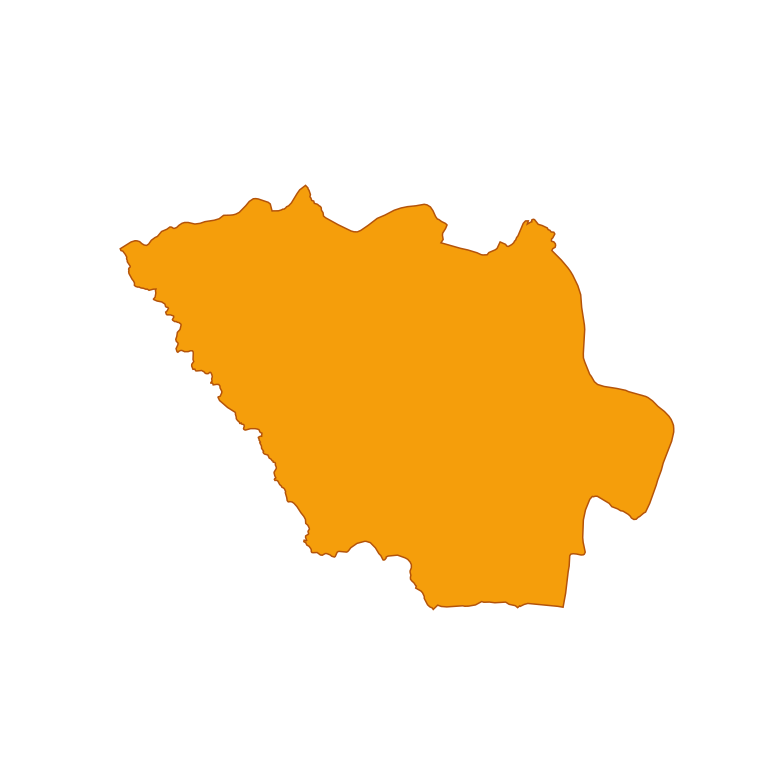 outline of Ziro, Ziro, Burkina Faso, rotated 197°
{"feature_id": "67063806B63771125198412", "entity_name": "Ziro", "entity_type": "district", "adm_level": 2, "iso_a3": "BFA", "parent_name": "Burkina Faso", "parent_adm1": "Ziro", "projection": "orthographic", "projection_center": [-1.788, 11.64], "detail": "fine", "context": "isolated", "style": "filled", "palette": "amber", "viewbox_px": 768, "rotation_deg": 197, "n_neighbors": 0, "source": "geoboundaries", "source_scale": "gbopen_adm2", "svg_char_len": 6158}
<svg xmlns="http://www.w3.org/2000/svg" viewBox="0 0 768 768"><g transform="rotate(197 384 384)"><path d="M147.5,222.9L149.1,236.8L153.0,258.4L153.7,264.0L156.2,274.2L155.5,276.0L153.5,277.0L150.2,277.7L145.5,278.1L143.5,278.9L142.7,279.8L142.4,282.0L147.3,290.9L149.1,295.3L153.6,312.3L154.5,322.5L153.5,333.9L151.9,337.4L150.8,337.4L149.1,338.5L147.1,339.0L133.8,335.7L130.3,333.3L124.1,332.9L120.7,332.0L118.3,332.3L112.4,330.8L110.0,329.7L108.2,328.2L105.5,327.5L103.3,328.4L101.7,331.3L100.9,331.8L97.9,336.5L96.4,338.0L95.0,347.5L94.1,367.0L94.2,372.1L93.6,382.7L93.9,390.0L92.2,413.4L92.9,422.8L93.9,426.1L95.1,429.1L96.8,431.4L99.0,434.0L102.1,436.5L107.8,439.7L115.5,442.7L122.1,446.3L127.5,448.2L130.0,448.6L147.9,448.2L151.0,448.6L160.1,447.8L172.8,446.0L179.6,446.0L183.5,447.7L188.1,452.0L190.1,453.4L198.5,463.8L200.9,467.2L202.3,471.4L208.0,494.8L209.6,499.0L217.3,514.9L222.0,526.9L227.4,534.7L235.2,543.1L238.5,546.1L242.0,548.8L250.7,554.4L262.5,560.7L262.2,562.7L260.3,564.8L260.4,566.7L261.1,568.2L263.2,569.6L265.4,569.5L265.8,569.9L266.1,571.8L265.3,573.1L264.5,577.4L266.0,578.8L268.6,578.3L270.3,579.5L272.1,579.6L273.5,581.0L279.0,581.8L283.2,581.8L288.1,585.2L289.3,585.2L290.5,584.4L290.6,583.6L290.1,582.3L290.9,581.9L293.7,578.8L293.7,582.2L296.4,581.3L297.8,578.3L299.2,564.8L300.0,562.8L300.2,560.1L301.0,558.7L301.2,557.1L302.6,554.7L304.6,552.6L305.5,551.8L306.2,551.8L306.9,551.8L308.6,553.1L314.5,553.8L315.5,546.7L316.8,544.9L322.1,540.4L323.2,537.7L327.2,536.3L329.0,536.1L333.3,536.7L343.0,536.7L350.6,536.1L370.8,535.7L369.7,539.5L371.6,543.3L372.0,545.4L370.6,550.6L370.2,554.5L372.1,555.5L376.4,556.2L379.9,557.4L381.1,557.3L383.7,559.3L387.8,564.0L391.4,566.9L395.2,567.9L398.1,567.6L405.7,563.7L413.3,560.5L419.2,557.3L425.1,553.1L432.5,545.8L438.9,540.4L445.6,531.0L451.1,524.1L453.9,521.7L457.1,520.8L460.2,520.7L474.4,522.9L488.5,525.9L490.9,526.9L492.4,530.0L494.7,532.0L495.5,534.1L496.7,535.2L497.7,535.3L500.2,536.4L503.4,536.4L504.7,538.4L506.8,538.4L508.3,540.5L509.6,541.4L509.7,543.6L512.4,547.4L513.5,548.2L514.1,549.3L517.1,551.0L521.4,545.0L522.8,540.7L525.5,530.1L527.3,526.5L529.0,525.0L529.5,523.7L530.7,522.0L531.8,521.7L533.1,520.4L535.7,518.7L541.7,516.8L545.4,522.9L547.8,523.9L558.3,524.2L560.9,523.8L563.2,522.9L566.2,519.2L568.3,514.1L572.6,505.8L575.4,503.1L577.8,501.6L580.7,500.4L586.7,498.4L590.0,493.8L594.2,491.0L602.7,486.9L606.8,483.9L611.6,481.7L618.6,481.2L622.0,480.1L624.2,478.6L626.5,475.8L628.0,473.1L629.7,471.7L630.8,471.3L632.9,471.9L634.6,471.6L636.9,468.5L641.3,464.8L643.8,458.9L645.8,457.1L648.5,453.5L650.0,449.0L651.6,447.1L653.9,446.8L656.5,447.4L659.3,448.7L662.0,448.7L664.0,448.2L667.4,445.9L675.8,436.2L674.6,434.7L672.6,434.7L669.3,432.3L667.1,430.1L666.8,428.5L665.3,426.6L665.3,425.9L661.1,422.4L661.0,421.5L661.8,420.2L661.8,419.1L661.2,418.4L661.1,417.0L660.2,415.1L655.6,410.6L653.6,409.2L652.2,407.7L651.5,405.3L649.9,404.7L647.7,404.7L646.6,405.1L644.4,404.8L642.0,405.2L639.7,405.0L638.0,405.5L636.1,404.9L632.2,407.3L629.8,408.1L629.9,406.6L628.8,404.3L628.3,400.1L629.3,397.8L628.8,397.4L625.3,397.0L620.6,397.5L617.4,396.6L616.7,396.2L615.6,394.3L614.8,393.9L613.1,394.0L612.3,393.4L612.7,390.7L613.8,388.9L612.6,387.1L611.8,386.7L608.3,387.7L605.1,387.5L604.6,386.5L605.2,383.8L604.7,383.2L602.4,382.5L600.8,383.0L599.9,382.6L597.9,382.8L595.8,381.9L595.3,381.2L595.0,376.5L596.7,373.0L596.1,369.0L596.2,365.9L595.2,364.2L592.8,362.8L592.6,361.3L593.2,357.0L591.4,354.4L590.4,354.1L589.4,355.7L588.3,356.6L587.1,357.0L584.1,356.6L580.5,357.8L579.0,359.1L577.0,359.7L576.2,359.3L575.5,358.0L573.8,351.6L572.5,349.8L573.6,346.7L573.2,345.0L571.0,342.2L569.3,342.9L568.0,341.6L567.0,341.7L562.3,343.6L559.6,343.0L558.3,342.1L557.2,341.9L555.3,342.4L553.8,344.4L553.0,344.3L551.4,342.7L550.3,340.7L550.3,338.5L549.3,336.5L550.0,334.8L549.7,334.2L548.6,334.7L548.0,334.5L547.1,333.2L543.8,334.8L541.9,335.2L540.3,334.1L539.6,332.3L536.9,329.5L536.6,328.0L537.1,324.3L538.8,323.2L538.8,322.7L536.4,320.1L526.7,315.8L518.3,313.5L517.6,312.9L517.3,311.7L515.7,309.3L515.1,307.6L513.3,306.2L511.4,305.4L510.4,304.2L509.2,304.9L508.8,304.1L506.4,304.2L505.8,303.7L505.3,302.8L505.3,300.3L505.0,299.8L504.0,299.4L502.9,299.5L498.5,302.3L493.8,303.7L491.5,303.9L490.0,303.6L488.8,302.0L488.0,301.5L486.4,301.3L485.7,298.2L486.9,298.0L488.5,296.4L488.5,295.9L487.4,294.9L487.1,293.9L485.2,292.3L485.6,291.5L483.1,288.9L482.2,286.6L479.5,284.5L479.8,283.6L478.9,282.6L477.8,282.1L474.3,282.1L472.1,279.6L470.3,279.2L468.5,277.9L467.5,277.8L467.1,276.9L465.3,277.0L464.5,276.1L464.3,274.9L462.7,273.0L462.3,271.7L463.3,267.6L463.1,266.8L461.6,264.3L460.1,262.7L460.1,262.2L460.8,261.6L461.0,260.8L460.1,259.9L458.4,260.5L457.1,260.1L454.3,257.3L452.6,256.6L451.4,255.4L449.7,255.2L448.6,254.6L446.7,252.5L446.6,251.2L443.8,246.9L442.5,244.2L441.1,243.3L439.2,244.1L437.4,244.3L435.2,243.6L431.4,241.3L425.7,236.5L421.9,233.9L419.5,231.5L418.1,227.8L415.6,226.7L413.5,224.5L412.9,223.4L413.5,221.6L413.5,220.5L412.5,219.2L412.4,218.3L414.5,215.8L414.2,214.4L412.2,211.8L412.5,211.4L414.7,211.3L414.7,210.1L414.4,209.7L412.5,209.4L410.7,207.4L408.3,206.9L406.5,205.6L405.2,204.4L404.5,202.4L403.8,201.8L402.6,201.9L398.7,203.3L394.8,201.9L393.0,202.2L390.6,204.7L389.1,205.1L385.5,204.8L383.7,204.0L380.9,204.0L380.2,204.8L379.6,209.4L378.9,210.3L378.0,210.8L370.7,212.3L369.8,213.0L369.0,214.6L367.9,217.7L363.2,223.7L356.5,227.9L355.2,228.3L350.7,228.3L344.3,224.8L339.3,220.3L336.9,219.0L333.5,215.5L332.6,215.6L331.8,216.3L331.1,218.0L331.3,219.2L329.7,220.7L321.0,224.3L312.8,223.9L310.1,223.3L307.0,221.4L305.0,219.2L304.1,216.2L304.4,212.8L303.9,211.4L302.4,209.0L302.2,206.8L301.6,205.1L300.0,203.9L297.1,202.5L294.7,200.4L294.0,200.2L294.0,198.1L288.1,196.8L286.1,195.6L283.4,192.6L282.8,190.7L277.8,185.6L275.1,184.3L272.3,183.9L271.0,182.8L268.0,188.2L264.2,188.0L258.8,189.2L243.9,194.9L241.7,195.1L238.2,196.3L231.9,199.5L227.0,204.5L224.7,204.5L219.4,206.3L214.1,207.2L203.9,211.0L200.0,209.9L193.6,210.4L190.8,209.2L189.4,211.5L188.7,211.2L185.5,214.2L182.3,216.2L152.8,222.2L147.5,222.9Z" fill="#f59e0b" stroke="#b45309" stroke-width="1.5"/></g></svg>